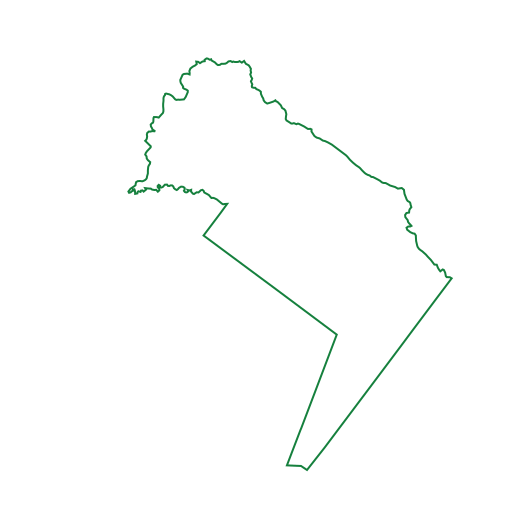 outline of Cujubim, Rondônia, Brazil, rotated 307°
{"feature_id": "56859067B44004203412105", "entity_name": "Cujubim", "entity_type": "district", "adm_level": 2, "iso_a3": "BRA", "parent_name": "Brazil", "parent_adm1": "Rondônia", "projection": "natural_earth1", "projection_center": [-62.503, -9.128], "detail": "fine", "context": "isolated", "style": "outline", "palette": "green", "viewbox_px": 512, "rotation_deg": 307, "n_neighbors": 0, "source": "geoboundaries", "source_scale": "gbopen_adm2", "svg_char_len": 4480}
<svg xmlns="http://www.w3.org/2000/svg" viewBox="0 0 512 512"><g transform="rotate(307 256 256)"><path d="M375.3,91.3L373.6,93.2L371.5,92.7L369.0,91.5L366.2,90.8L363.6,91.5L362.1,93.0L361.0,93.7L360.3,91.4L358.0,88.9L356.6,88.3L352.7,89.2L351.0,89.6L349.7,90.8L348.9,91.9L348.0,94.4L347.4,95.9L346.4,96.5L346.3,97.8L347.0,100.5L347.0,102.0L345.8,102.9L340.9,104.1L339.1,104.2L337.7,104.2L334.8,101.0L334.1,99.8L332.7,98.4L332.5,97.1L333.3,93.5L333.3,91.6L333.0,89.6L331.6,86.4L330.7,85.9L329.6,86.5L328.1,86.4L326.4,87.1L324.3,88.7L321.6,90.3L319.6,91.8L317.3,93.9L315.6,95.1L314.1,95.6L311.8,95.3L308.0,95.0L307.3,93.3L305.6,90.9L304.5,91.1L301.6,93.1L300.5,93.5L299.4,93.0L297.6,92.8L296.2,94.2L295.7,95.6L294.8,97.1L294.9,100.5L294.2,99.3L293.2,97.9L291.7,96.7L290.9,95.5L288.8,95.1L287.2,95.8L286.0,97.1L283.9,98.2L282.7,98.4L281.3,98.2L280.3,105.9L279.3,106.5L274.1,105.9L271.9,106.0L270.3,106.5L269.7,108.6L268.1,110.1L267.5,112.0L267.3,115.0L265.8,115.8L263.8,115.9L262.3,116.3L259.5,118.0L256.8,120.0L253.7,121.2L252.7,121.8L251.4,122.0L249.9,121.7L248.4,121.0L247.2,120.2L246.1,118.2L244.6,116.5L242.9,115.8L241.2,116.5L239.9,117.2L238.2,116.7L234.2,115.3L230.7,115.3L230.1,116.6L231.4,117.6L233.1,117.9L234.4,118.7L235.1,117.6L236.1,118.7L235.5,119.7L234.2,121.0L232.9,122.1L234.6,123.6L235.6,123.0L236.9,123.1L237.7,125.2L239.0,124.8L240.1,125.9L239.8,127.5L241.0,127.8L242.8,128.2L243.5,126.6L244.7,128.7L245.7,130.3L246.5,131.4L246.5,133.0L247.6,135.2L248.8,136.5L248.3,138.9L250.3,139.3L251.3,138.5L251.9,136.0L252.8,135.3L254.3,135.5L254.4,137.1L253.1,137.5L253.6,139.1L255.0,140.0L258.1,140.3L259.5,142.0L259.0,143.5L259.8,144.7L260.9,145.2L261.9,146.5L261.8,148.0L260.8,149.7L260.7,151.4L261.0,153.0L262.3,153.4L264.1,153.5L266.3,154.4L267.3,156.0L267.5,157.8L266.0,159.1L264.7,159.2L264.3,160.7L264.7,161.9L265.6,162.7L267.1,163.0L267.6,161.7L268.3,163.4L269.8,164.4L268.4,165.3L268.1,166.7L267.8,168.1L268.2,169.2L269.9,169.8L271.2,170.3L272.1,171.8L273.5,172.1L275.3,172.4L276.6,173.4L276.5,175.0L275.6,176.4L275.8,178.0L276.1,179.8L276.3,181.8L275.8,183.9L275.5,185.5L276.6,186.7L277.1,188.0L277.6,190.7L277.4,195.1L277.3,197.3L277.5,198.6L278.6,199.6L280.3,201.6L268.9,201.8L240.8,201.8L241.5,294.9L241.8,367.8L184.5,384.5L145.6,395.8L143.9,396.2L121.6,402.6L107.4,406.7L113.1,415.0L115.4,418.3L115.8,425.5L143.8,426.1L234.1,426.0L274.0,425.9L290.6,425.8L331.0,425.7L355.9,425.7L355.7,423.6L353.9,421.0L354.2,419.7L356.6,417.0L357.9,414.4L357.6,413.2L354.7,412.4L355.2,410.5L356.1,408.3L357.8,405.6L356.5,403.6L358.1,398.0L358.8,393.6L359.4,390.8L359.8,386.0L359.7,383.8L359.8,381.8L360.5,379.7L361.2,378.6L364.3,374.9L367.1,372.5L368.6,371.3L369.3,369.2L368.5,367.7L367.9,364.9L368.0,360.9L369.2,359.2L371.1,359.8L372.5,361.5L373.6,362.0L374.0,360.2L374.2,358.7L374.8,356.8L375.9,355.6L376.9,351.9L378.5,350.4L380.9,350.3L382.8,352.1L384.8,350.9L386.1,350.6L388.5,350.7L389.9,348.7L391.1,347.4L391.5,346.2L391.2,344.1L391.7,342.5L395.0,337.2L396.4,335.8L397.9,334.3L398.0,331.5L395.2,328.8L394.8,325.6L393.0,320.7L392.7,318.2L392.3,315.7L391.0,313.7L390.6,312.4L390.7,309.6L390.4,307.3L389.5,302.0L388.6,300.5L388.7,298.3L388.0,296.3L387.7,293.9L387.8,292.3L388.2,289.3L388.8,286.3L388.9,285.0L388.7,281.3L388.9,277.1L389.4,273.0L390.3,269.3L390.6,267.3L390.6,257.1L390.6,249.6L390.0,245.1L389.3,241.9L388.4,239.9L388.2,236.1L387.1,233.3L387.0,232.0L387.0,230.4L388.8,225.4L390.5,224.2L390.3,222.9L389.5,222.0L388.7,220.9L388.4,216.5L387.4,211.0L387.0,209.8L385.6,209.0L384.9,206.3L383.8,205.5L383.0,204.4L382.9,202.2L382.6,198.8L383.3,197.3L385.6,195.9L387.5,194.9L388.8,193.3L389.8,192.0L390.2,190.1L389.9,187.8L390.7,186.3L391.3,185.1L391.6,183.2L391.8,181.9L392.0,180.4L391.6,179.0L392.0,177.8L390.1,177.1L389.0,176.4L386.5,174.7L384.5,173.2L384.3,170.6L384.9,168.5L386.2,166.9L386.9,165.1L388.5,162.3L390.1,161.0L390.2,159.0L389.9,157.2L389.5,155.9L389.9,154.2L388.9,152.8L388.4,151.3L389.1,150.4L390.9,149.7L391.7,148.1L392.5,146.8L394.1,146.6L395.5,146.1L396.0,144.6L397.6,142.1L399.5,141.7L401.0,140.0L402.4,139.3L403.4,137.0L403.9,135.4L403.4,132.2L404.6,129.1L401.9,128.3L401.7,125.6L400.5,125.1L399.4,124.0L398.0,122.0L397.6,120.8L396.6,120.3L396.4,118.4L394.8,116.9L393.0,116.6L391.3,115.9L390.2,114.7L388.7,112.7L386.9,112.1L385.6,110.7L385.5,109.3L385.9,106.6L385.4,102.8L386.1,101.8L384.9,100.9L384.6,98.6L384.0,97.6L381.7,96.9L380.7,97.8L379.1,96.2L376.3,95.2L376.3,93.0L375.3,91.3Z" fill="none" stroke="#15803d" stroke-width="2"/></g></svg>